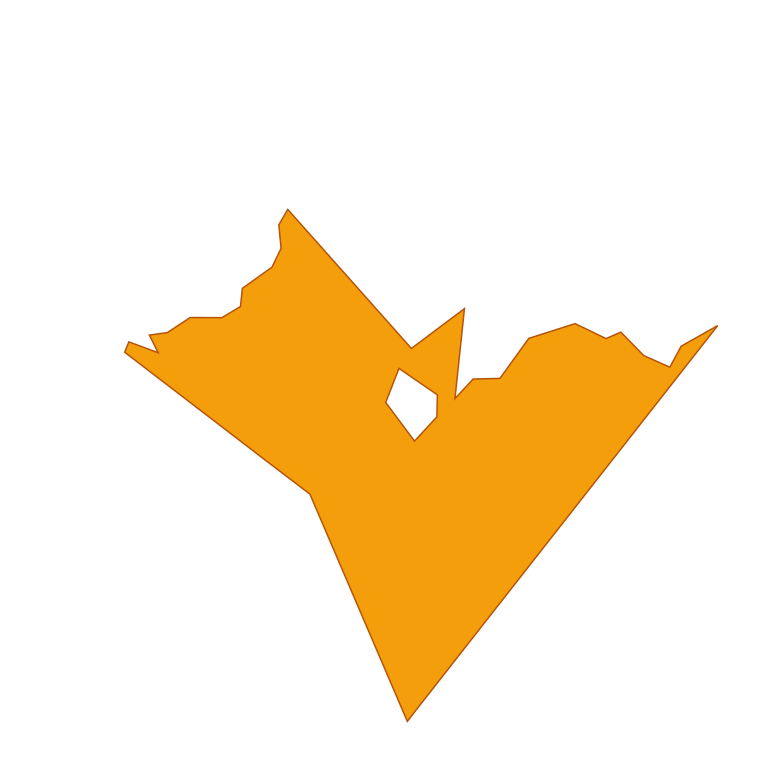 the district of Greensville, Virginia, United States of America, rotated 308°
{"feature_id": "52423323B40358920448273", "entity_name": "Greensville", "entity_type": "district", "adm_level": 2, "iso_a3": "USA", "parent_name": "United States of America", "parent_adm1": "Virginia", "projection": "robinson", "projection_center": [-77.525, 36.721], "detail": "fine", "context": "isolated", "style": "filled", "palette": "amber", "viewbox_px": 768, "rotation_deg": 308, "n_neighbors": 0, "source": "geoboundaries", "source_scale": "gbopen_adm2", "svg_char_len": 616}
<svg xmlns="http://www.w3.org/2000/svg" viewBox="0 0 768 768"><g transform="rotate(308 384 384)"><path d="M132.5,610.1L151.1,610.0L635.5,611.0L596.8,594.9L573.2,598.9L566.3,571.2L570.7,538.7L556.5,531.0L549.2,497.4L509.1,470.0L459.8,471.9L442.8,451.2L416.2,448.9L492.9,401.0L428.9,383.7L462.3,200.7L444.7,203.1L427.5,219.4L407.1,223.8L372.2,213.5L356.7,223.2L336.5,215.4L317.0,190.3L291.1,181.6L278.1,169.0L269.6,186.8L260.1,157.0L249.4,160.1L250.9,337.0L251.6,393.4L132.5,610.1ZM370.5,396.7L405.5,386.2L408.3,432.7L390.7,445.9L357.8,443.2L370.5,396.7Z" fill="#f59e0b" stroke="#b45309" stroke-width="1.5"/></g></svg>